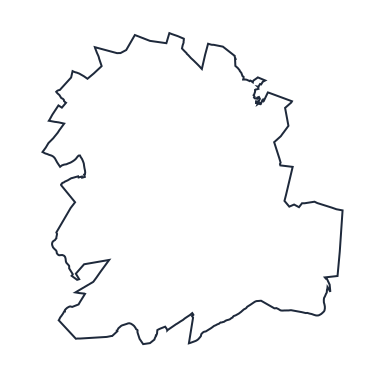 outline of Tuxtla Gutiérrez, Chiapas, Mexico, rotated 95°
{"feature_id": "50627088B93662357554610", "entity_name": "Tuxtla Gutiérrez", "entity_type": "district", "adm_level": 2, "iso_a3": "MEX", "parent_name": "Mexico", "parent_adm1": "Chiapas", "projection": "albers", "projection_center": [-93.125, 16.745], "detail": "fine", "context": "isolated", "style": "outline", "palette": "slate", "viewbox_px": 384, "rotation_deg": 95, "n_neighbors": 0, "source": "geoboundaries", "source_scale": "gbopen_adm2", "svg_char_len": 5902}
<svg xmlns="http://www.w3.org/2000/svg" viewBox="0 0 384 384"><g transform="rotate(95 192 192)"><path d="M279.4,45.5L272.3,46.8L266.8,50.0L266.8,50.9L265.5,52.2L263.0,39.7L238.5,39.6L197.2,40.4L196.6,46.6L195.4,51.3L192.1,66.2L191.0,69.1L193.4,78.8L193.6,81.4L197.8,84.1L195.6,89.2L198.1,93.8L192.8,99.1L186.8,98.1L158.2,93.9L157.8,106.3L156.5,106.8L155.0,106.3L150.9,107.9L135.2,114.5L128.7,108.4L125.5,106.5L125.1,106.2L117.7,101.7L100.1,106.6L94.2,100.9L92.9,100.3L86.4,124.1L86.2,125.1L94.2,128.1L93.8,128.4L94.9,128.9L94.7,129.0L94.2,128.9L93.9,129.3L94.8,129.7L94.7,130.0L98.5,131.2L98.6,131.6L98.2,133.0L98.0,132.9L98.4,133.7L98.9,134.3L97.9,134.0L97.8,136.0L96.1,136.1L96.0,133.3L95.2,133.3L95.2,133.2L93.3,132.5L91.5,133.6L92.1,134.9L92.3,134.9L92.3,134.6L92.7,134.5L92.8,135.3L93.4,135.3L93.3,136.7L93.3,137.4L93.1,137.8L92.9,137.8L92.4,138.4L91.9,138.0L91.6,138.0L91.3,138.2L91.0,138.4L90.2,139.1L89.5,138.6L86.6,137.9L84.8,138.1L84.6,137.8L84.4,137.6L84.4,137.3L84.0,136.2L83.5,134.9L83.2,135.1L82.4,134.9L81.8,135.2L81.3,135.8L81.4,135.0L80.7,134.7L78.5,133.6L78.8,132.5L76.0,131.1L74.5,128.8L72.1,136.4L73.1,137.5L75.2,140.0L75.4,140.3L76.0,140.7L77.2,141.0L77.4,141.0L77.1,141.5L76.3,142.6L75.9,143.6L76.0,143.8L76.5,144.2L75.4,147.3L75.3,148.7L75.4,149.5L75.5,150.9L75.4,150.9L74.3,150.5L72.8,150.7L72.7,150.7L72.1,151.8L69.1,153.2L67.3,154.9L66.7,155.1L64.6,157.1L62.6,159.8L55.7,160.7L55.6,160.2L53.4,161.3L52.7,161.3L44.5,173.9L43.5,183.1L43.6,185.4L42.9,188.9L54.2,190.9L68.6,192.9L68.0,193.6L66.3,195.4L64.4,197.6L62.9,199.4L62.1,200.4L61.0,201.7L59.0,204.3L58.8,204.6L56.1,207.5L54.7,209.3L54.2,209.5L52.3,211.8L49.9,214.5L46.7,214.1L44.0,213.4L43.8,213.4L43.0,213.5L41.3,213.4L40.0,213.5L37.9,220.0L36.4,226.0L35.7,228.4L46.0,230.5L45.1,247.1L40.6,262.6L56.3,269.9L59.8,275.3L60.2,278.8L56.2,301.4L57.4,300.9L58.8,300.2L61.7,298.8L64.5,297.2L65.8,296.6L67.3,296.1L74.4,293.0L74.5,293.0L82.5,300.2L88.3,306.0L86.1,309.8L84.4,313.5L83.9,314.5L83.5,315.9L83.1,317.3L82.9,318.7L82.5,320.1L82.0,321.5L88.5,322.4L101.9,332.6L102.3,334.0L102.8,334.8L103.4,335.5L104.0,336.0L104.6,335.5L105.6,334.4L107.0,332.5L108.9,331.1L109.8,330.4L110.3,329.0L111.2,327.8L112.6,327.4L113.1,326.7L113.6,326.2L114.1,325.3L119.3,329.0L117.4,332.6L127.2,337.9L132.2,340.1L133.5,340.8L133.6,339.5L134.1,334.6L134.1,333.8L134.1,333.2L134.2,332.4L134.2,331.5L134.3,330.7L134.4,329.8L135.0,325.3L142.1,329.6L144.6,330.9L145.2,331.3L149.3,334.1L150.4,334.8L155.8,339.3L160.4,341.5L165.2,344.4L166.4,341.5L166.8,339.5L167.4,337.7L168.0,335.0L168.6,333.7L169.1,332.9L170.4,331.5L174.3,328.9L178.4,325.6L176.9,324.0L175.9,321.9L175.3,319.5L174.4,317.9L173.3,315.6L171.9,313.6L170.5,311.9L169.1,310.6L166.6,309.0L165.6,308.1L165.4,306.8L166.9,305.9L168.6,304.5L171.0,303.2L173.0,302.3L175.2,301.8L177.6,301.2L180.2,300.4L181.9,300.1L183.8,300.2L184.1,301.0L185.2,300.5L186.3,300.1L187.3,302.7L186.2,303.0L187.4,306.3L186.3,306.8L188.6,312.8L188.6,313.0L189.0,313.8L191.2,316.8L192.7,319.5L193.6,320.5L194.3,322.0L195.1,322.3L195.5,322.8L196.1,323.1L196.7,322.9L212.4,307.6L218.5,311.5L244.1,323.6L245.5,322.8L246.7,322.9L248.5,323.1L249.4,323.2L250.0,323.1L251.0,323.9L251.8,324.3L252.9,325.8L254.0,326.6L255.2,326.9L256.7,326.8L258.1,326.2L259.3,325.6L260.6,324.2L262.1,322.3L263.1,321.7L264.6,321.4L265.5,320.7L266.3,319.7L266.6,318.8L266.3,317.2L266.1,315.5L266.7,313.8L267.7,312.8L269.5,312.1L272.1,311.6L273.4,311.0L274.6,309.7L275.6,308.6L276.3,308.0L277.3,307.8L278.8,307.7L284.3,303.6L285.4,304.1L285.6,304.3L286.0,304.6L289.5,298.8L288.7,296.8L283.5,300.6L273.4,293.2L266.9,268.6L279.1,276.0L285.7,279.8L290.1,282.5L300.1,296.5L302.2,299.4L302.5,295.6L302.6,290.3L302.7,290.2L302.8,289.7L311.5,294.1L313.9,295.2L316.9,301.3L316.6,303.4L316.9,304.2L317.2,304.7L317.6,305.3L318.2,306.2L319.7,307.6L320.7,308.3L321.9,308.2L321.8,308.7L323.2,309.4L324.2,309.8L325.1,310.3L325.9,310.8L326.7,311.2L327.1,311.5L328.2,312.2L328.6,312.4L329.5,312.8L330.2,313.0L330.8,313.2L331.1,313.4L331.4,313.6L348.3,294.9L348.0,293.6L347.7,290.5L343.8,264.3L343.2,262.2L342.5,259.8L342.4,259.0L342.1,258.7L337.5,254.5L337.4,254.7L336.9,254.8L336.9,254.5L335.4,254.0L334.0,253.3L332.4,251.7L331.7,251.1L331.0,250.1L329.2,245.8L328.5,244.3L328.2,243.1L328.5,241.4L329.4,239.6L330.1,238.6L330.4,238.1L332.1,236.6L333.5,235.7L334.2,234.4L335.0,234.1L336.1,234.2L337.5,233.7L342.9,231.4L347.8,227.4L346.2,220.7L342.3,216.6L340.9,216.3L339.1,215.6L338.2,215.5L338.3,215.2L336.1,214.5L333.0,214.5L332.6,214.5L331.8,213.4L331.5,212.8L330.9,211.8L328.5,207.0L330.1,205.6L331.2,204.9L331.5,204.7L332.1,204.6L331.6,204.2L325.0,196.2L324.7,195.7L323.4,194.0L322.1,192.4L320.2,189.8L318.6,188.2L317.3,186.6L314.7,183.3L312.6,181.2L314.2,179.9L314.3,179.9L315.6,181.2L316.4,180.5L317.1,180.0L343.0,181.9L342.4,180.4L340.9,177.2L340.0,175.3L339.1,174.0L338.1,172.9L335.9,171.3L334.8,170.6L333.7,170.5L332.7,170.3L331.7,169.5L330.7,168.6L330.1,167.6L329.7,166.1L328.4,164.4L326.1,161.3L324.9,159.9L323.5,158.4L322.7,156.8L321.6,155.2L321.1,154.1L320.7,153.4L320.0,152.8L319.5,152.2L319.4,151.1L318.9,150.0L318.5,148.8L317.8,147.9L317.3,147.4L317.0,146.7L316.6,146.0L316.1,144.5L315.5,143.2L314.9,142.5L314.0,141.6L313.6,140.7L312.7,140.3L311.9,139.6L311.1,137.8L310.0,136.2L309.0,134.7L307.7,133.3L307.0,132.5L306.3,131.9L305.4,131.0L304.7,130.4L304.0,129.5L303.6,128.7L302.8,127.8L301.5,127.0L299.4,124.2L295.9,119.9L295.1,118.4L295.0,117.8L294.3,113.7L300.7,99.8L300.6,98.9L300.3,97.9L301.0,95.9L302.2,93.5L302.3,92.0L302.0,89.8L301.7,87.1L301.6,85.7L301.1,83.1L302.1,72.3L302.7,68.1L302.4,66.6L302.9,64.2L303.1,62.3L303.8,59.6L304.2,57.5L304.0,55.8L303.8,55.0L303.3,54.2L302.7,53.3L302.1,52.5L300.5,51.0L299.4,50.1L298.5,49.7L296.3,49.5L294.4,49.7L292.3,50.3L290.5,51.0L288.9,51.2L287.4,51.3L286.1,51.2L284.2,50.4L281.7,49.6L280.5,49.0L277.5,49.0L276.2,48.7L275.0,48.7L279.4,45.5Z" fill="none" stroke="#1e293b" stroke-width="2"/></g></svg>